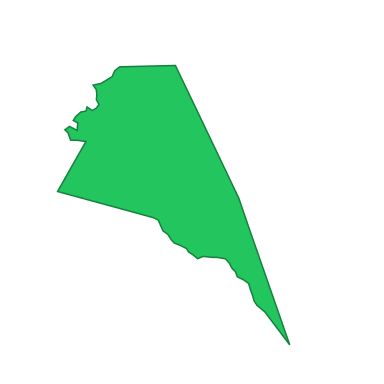 Barcelona, Rio Grande do Norte, Brazil (Equal Earth projection), rotated 288°
{"feature_id": "56859067B2064613695098", "entity_name": "Barcelona", "entity_type": "district", "adm_level": 2, "iso_a3": "BRA", "parent_name": "Brazil", "parent_adm1": "Rio Grande do Norte", "projection": "equal_earth", "projection_center": [-35.938, -5.981], "detail": "fine", "context": "isolated", "style": "filled", "palette": "green", "viewbox_px": 384, "rotation_deg": 288, "n_neighbors": 0, "source": "geoboundaries", "source_scale": "gbopen_adm2", "svg_char_len": 887}
<svg xmlns="http://www.w3.org/2000/svg" viewBox="0 0 384 384"><g transform="rotate(288 192 192)"><path d="M288.7,84.5L283.4,81.0L277.0,80.4L267.2,72.0L263.1,64.9L259.9,69.2L255.5,71.3L250.3,72.5L246.4,76.5L242.1,75.0L238.7,72.0L240.4,65.9L236.3,66.2L233.7,61.5L227.6,58.0L223.3,57.0L222.4,61.9L215.1,63.8L216.5,55.2L211.9,51.8L210.0,55.8L203.8,60.5L205.9,67.7L207.2,75.5L177.6,69.4L150.9,64.0L155.4,157.8L155.6,163.8L154.8,168.6L150.1,172.8L146.1,176.4L144.1,182.3L140.3,186.8L138.0,190.8L137.5,197.8L136.5,204.3L133.8,207.4L132.5,212.5L130.3,217.9L134.2,222.6L135.9,230.6L137.7,236.8L138.8,244.6L135.9,249.4L131.6,253.8L129.7,257.8L125.3,261.4L124.4,268.1L122.5,274.1L118.0,277.1L111.9,281.9L107.7,284.6L104.3,288.8L100.4,298.4L76.8,332.2L149.4,277.1L178.7,254.8L200.5,238.5L231.8,208.8L271.3,171.3L307.2,137.1L288.7,84.5Z" fill="#22c55e" stroke="#15803d" stroke-width="1.5"/></g></svg>